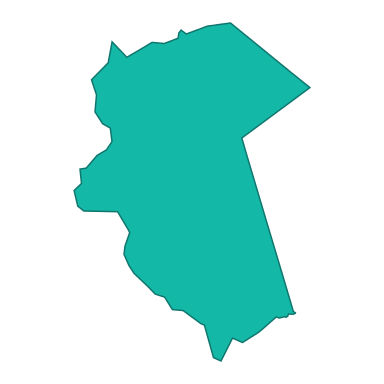 outline of Dauphin, Pennsylvania, United States of America
{"feature_id": "52423323B59200867058970", "entity_name": "Dauphin", "entity_type": "district", "adm_level": 2, "iso_a3": "USA", "parent_name": "United States of America", "parent_adm1": "Pennsylvania", "projection": "equal_earth", "projection_center": [-76.798, 40.389], "detail": "fine", "context": "isolated", "style": "filled", "palette": "teal", "viewbox_px": 384, "rotation_deg": 0, "n_neighbors": 0, "source": "geoboundaries", "source_scale": "gbopen_adm2", "svg_char_len": 873}
<svg xmlns="http://www.w3.org/2000/svg" viewBox="0 0 384 384"><path d="M309.9,87.6L290.0,71.6L230.5,23.0L207.5,26.1L186.3,34.0L181.1,30.1L178.8,33.1L178.1,38.2L164.3,43.5L152.0,42.4L142.2,48.3L126.8,57.3L112.1,41.8L108.2,62.8L91.5,79.8L96.5,94.9L95.0,111.9L102.6,123.7L110.3,128.1L112.0,141.6L106.4,149.9L97.2,155.3L86.2,168.1L80.0,169.1L81.5,183.5L74.1,190.5L77.8,206.2L83.8,211.0L117.6,211.7L128.4,229.9L129.7,232.6L125.0,246.1L124.0,254.3L128.9,265.4L134.0,273.3L148.4,287.0L155.2,294.1L164.6,297.1L172.4,309.6L180.5,310.3L183.2,310.6L200.8,323.6L204.4,325.1L213.5,357.6L221.0,361.0L232.5,338.1L242.5,342.5L258.6,332.3L262.0,329.5L276.2,317.0L279.3,318.0L285.1,316.6L285.8,317.3L287.6,316.4L288.5,314.0L293.1,314.2L295.1,313.5L295.4,312.8L293.4,311.6L283.0,276.5L267.0,223.1L246.7,154.9L241.8,138.0L309.9,87.6Z" fill="#14b8a6" stroke="#0f766e" stroke-width="1.5"/></svg>